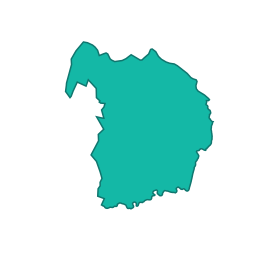 Ararat, Ararat, Armenia (Albers equal-area conic projection), rotated 300°
{"feature_id": "60910142B39713480261045", "entity_name": "Ararat", "entity_type": "district", "adm_level": 2, "iso_a3": "ARM", "parent_name": "Armenia", "parent_adm1": "Ararat", "projection": "albers", "projection_center": [44.799, 39.943], "detail": "fine", "context": "isolated", "style": "filled", "palette": "teal", "viewbox_px": 256, "rotation_deg": 300, "n_neighbors": 0, "source": "geoboundaries", "source_scale": "gbopen_adm2", "svg_char_len": 4797}
<svg xmlns="http://www.w3.org/2000/svg" viewBox="0 0 256 256"><g transform="rotate(300 128 128)"><path d="M128.4,55.7L125.3,62.6L127.1,62.9L132.5,62.0L142.4,61.1L143.3,70.7L149.9,69.5L146.4,80.7L138.5,85.5L137.4,90.1L136.1,90.1L135.9,91.9L137.7,95.8L134.1,96.7L130.4,96.1L124.4,102.2L123.5,100.1L122.0,95.2L114.8,107.6L107.6,105.5L102.2,108.9L86.2,109.5L83.3,117.4L76.1,125.8L71.3,130.7L67.0,131.0L64.0,132.8L60.4,132.5L53.8,135.9L55.0,142.8L48.1,143.5L48.1,144.0L48.0,144.8L48.2,145.6L48.2,146.1L48.1,146.9L48.0,147.2L47.7,147.7L47.5,148.5L47.7,149.1L47.9,149.9L48.4,150.6L48.8,150.9L49.3,151.4L50.1,151.8L50.6,152.3L50.8,152.9L51.2,153.8L51.5,154.4L52.0,154.8L52.6,155.1L53.1,155.2L53.4,155.4L53.7,155.9L53.9,156.3L54.1,156.9L54.6,157.3L55.2,157.5L55.7,157.4L56.3,157.0L56.7,156.9L57.2,157.2L57.6,157.5L58.1,157.8L58.7,157.9L59.0,158.5L59.3,159.1L59.5,159.9L59.5,160.1L59.5,160.7L59.7,161.3L60.1,162.0L60.0,162.7L60.2,163.9L60.2,164.7L59.6,165.5L58.9,166.4L58.4,167.3L58.3,167.9L58.4,168.4L58.8,168.9L59.2,169.4L59.4,169.8L59.4,170.5L59.5,170.9L59.9,171.3L60.5,171.6L61.3,172.1L62.0,172.3L62.6,172.3L63.0,171.8L63.2,171.6L63.5,171.5L63.9,170.7L64.4,170.2L64.9,169.7L65.7,169.7L66.4,170.0L66.9,170.4L67.0,170.5L67.3,171.1L67.3,171.9L67.0,172.5L66.7,173.1L65.8,173.5L65.1,173.8L64.7,174.2L64.8,174.9L65.3,175.3L65.9,175.5L67.0,175.3L67.5,175.2L67.8,175.1L68.5,175.1L69.2,175.2L69.7,175.6L69.9,176.1L70.3,176.8L70.5,177.1L70.5,177.3L70.8,177.9L71.6,178.1L72.2,178.6L72.9,178.7L73.3,178.8L73.7,178.9L73.9,179.1L74.4,179.5L75.2,180.0L75.7,180.7L76.1,181.6L76.4,182.3L76.8,182.9L77.1,183.3L77.6,183.6L78.2,183.7L79.0,183.6L79.5,183.4L79.9,183.1L80.1,183.0L80.7,183.0L81.4,183.2L81.8,183.6L82.4,184.3L83.0,184.8L83.4,184.8L83.4,184.7L83.5,184.5L83.6,183.8L83.8,183.1L83.8,182.6L84.1,182.0L85.0,181.7L85.5,181.6L86.2,181.7L86.8,182.1L87.3,182.5L87.7,182.8L87.8,182.9L88.5,183.5L88.6,183.9L88.4,184.7L87.8,185.2L87.1,185.5L86.3,185.9L85.8,186.4L85.7,187.6L85.5,188.2L85.3,189.0L85.4,189.6L85.7,190.2L86.0,190.6L86.5,191.0L87.2,191.1L87.9,191.0L88.3,190.7L88.8,190.6L89.2,190.6L90.2,190.6L91.1,190.7L92.1,191.0L92.3,191.4L92.5,192.0L92.7,192.8L93.0,193.3L93.2,193.9L93.4,194.7L93.5,195.6L93.8,196.9L93.9,197.4L94.2,198.1L94.4,198.5L94.6,199.2L95.0,199.6L95.2,200.1L95.4,200.7L95.5,201.4L96.1,201.7L96.7,202.0L97.2,202.0L97.9,201.8L98.5,201.4L98.8,200.9L99.2,200.3L99.7,200.0L100.2,200.1L101.1,200.4L101.7,200.7L102.0,201.2L101.9,202.0L101.9,202.9L101.8,203.0L101.7,203.6L101.5,204.5L101.7,205.0L101.9,205.6L102.3,205.9L102.7,206.2L103.2,206.6L103.3,207.1L103.3,207.6L103.1,208.3L102.8,209.1L102.8,209.7L102.9,210.7L103.4,211.1L103.8,211.4L104.4,211.6L105.3,211.5L106.0,211.4L106.5,211.2L107.0,211.0L108.3,210.7L110.7,210.1L113.3,209.4L114.8,208.9L116.5,208.4L120.7,207.0L124.1,206.1L124.5,206.0L125.1,205.9L125.9,205.6L126.2,205.5L126.8,205.1L127.4,205.1L127.8,205.1L128.5,205.2L129.4,205.1L129.8,205.0L130.5,204.6L131.4,204.0L132.3,203.6L133.0,203.6L133.8,203.8L134.7,203.9L135.3,203.7L135.8,203.7L136.6,203.9L137.5,203.7L138.5,203.5L139.3,203.2L139.7,202.7L140.1,201.9L140.7,200.9L141.0,200.2L141.4,199.5L141.8,199.1L142.4,199.1L142.8,199.3L143.2,199.8L143.7,200.3L144.1,200.8L144.5,200.9L145.3,200.8L145.8,201.2L146.6,201.6L146.8,202.4L147.0,203.1L147.0,204.0L147.0,204.8L147.1,205.5L147.3,206.1L147.5,206.4L147.9,206.4L148.4,206.0L149.0,206.1L149.4,206.5L149.8,206.6L150.4,206.5L150.9,206.8L151.7,206.9L152.2,207.0L152.9,207.2L153.4,207.4L154.3,207.7L155.1,207.8L155.9,207.8L156.7,207.7L157.8,207.1L158.5,206.8L159.3,206.5L159.9,206.5L160.6,206.2L161.6,205.6L162.5,205.2L163.4,204.6L164.2,204.0L164.9,203.5L165.8,202.7L167.1,201.8L168.4,200.6L170.2,199.9L171.3,199.3L172.4,199.1L173.4,199.0L174.1,198.9L174.5,198.6L175.0,198.5L176.0,198.5L175.6,197.5L175.8,196.9L176.0,195.9L176.7,195.0L176.9,194.5L176.8,193.9L177.2,193.5L177.9,192.8L178.7,192.6L179.3,192.4L180.1,192.2L180.5,191.8L181.0,192.1L181.7,192.2L182.4,192.1L183.1,191.5L183.8,190.8L184.3,190.1L184.3,189.6L184.3,188.9L184.6,188.2L184.7,187.6L185.3,186.8L186.1,186.7L186.8,186.1L187.1,185.5L187.2,184.8L187.2,184.1L187.6,183.6L188.1,183.6L188.9,183.4L189.6,183.2L190.6,182.6L191.0,182.2L191.4,182.8L191.6,183.5L192.1,184.1L192.8,184.3L193.2,184.4L193.8,183.0L194.8,177.8L195.0,170.3L196.1,167.6L198.5,165.7L202.8,164.5L203.8,163.0L203.1,159.8L203.1,157.2L204.8,152.1L206.6,139.6L206.6,136.1L204.9,131.7L204.2,128.0L204.2,122.7L205.2,118.6L208.0,113.8L208.5,109.4L208.0,108.9L207.3,108.3L202.4,108.9L196.7,106.9L193.9,106.1L192.9,104.6L193.0,97.5L193.0,94.1L187.0,91.6L183.5,89.2L178.9,83.3L178.6,79.9L178.9,78.0L182.0,73.4L182.0,71.5L180.2,69.9L176.4,66.9L180.1,62.8L181.6,59.0L182.1,55.8L181.6,50.3L180.2,46.4L168.8,44.4L159.3,44.4L154.7,47.4L136.2,52.3L134.1,53.3L128.4,55.7Z" fill="#14b8a6" stroke="#0f766e" stroke-width="1.5"/></g></svg>